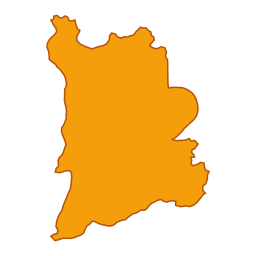 outline of Biritiba Mirim, São Paulo, Brazil
{"feature_id": "56859067B18564095209636", "entity_name": "Biritiba Mirim", "entity_type": "district", "adm_level": 2, "iso_a3": "BRA", "parent_name": "Brazil", "parent_adm1": "São Paulo", "projection": "natural_earth1", "projection_center": [-46.024, -23.622], "detail": "fine", "context": "isolated", "style": "filled", "palette": "amber", "viewbox_px": 256, "rotation_deg": 0, "n_neighbors": 0, "source": "geoboundaries", "source_scale": "gbopen_adm2", "svg_char_len": 2704}
<svg xmlns="http://www.w3.org/2000/svg" viewBox="0 0 256 256"><path d="M209.1,171.6L205.4,169.9L204.4,166.5L204.0,163.0L200.7,162.4L197.1,164.5L193.3,165.7L190.9,163.9L191.7,160.6L190.9,157.5L194.6,157.0L193.6,154.3L191.5,152.4L192.2,149.5L194.6,148.9L196.3,146.4L198.0,144.1L194.8,140.5L191.3,141.0L189.0,138.5L185.8,140.1L181.1,140.4L176.3,140.7L172.5,139.4L175.3,137.6L177.5,135.9L179.9,133.5L182.4,131.0L184.0,128.8L189.9,123.2L191.8,121.5L193.7,119.8L196.2,116.5L197.5,112.7L198.0,109.3L197.6,105.0L196.1,98.9L193.9,95.0L191.7,92.6L188.9,90.5L184.6,88.4L181.7,87.6L177.5,87.4L174.9,87.3L171.3,87.5L168.6,87.9L167.9,83.6L167.9,79.8L167.6,59.8L165.4,56.4L166.5,52.2L164.8,47.8L160.9,46.8L157.4,48.6L154.6,48.5L151.8,47.2L149.7,45.6L151.7,42.9L154.3,39.8L153.6,36.9L151.2,35.2L150.9,32.0L148.2,30.4L145.9,27.8L142.8,28.1L140.3,27.2L138.7,29.3L136.2,31.5L133.5,35.0L129.5,36.1L126.9,37.2L124.4,36.6L121.1,38.1L117.6,36.9L115.5,34.1L111.6,33.0L109.6,35.8L109.3,40.0L106.2,44.0L102.5,45.9L99.8,46.2L96.0,47.4L92.2,49.0L89.2,47.8L86.2,46.9L83.5,45.7L80.2,44.0L76.8,40.6L76.8,36.5L78.7,33.0L79.9,30.4L77.4,28.7L76.1,25.1L74.9,20.0L71.3,21.1L68.9,20.4L67.9,17.4L65.3,15.9L61.8,18.0L59.3,17.6L57.3,15.4L53.9,16.1L53.5,19.3L50.9,20.2L52.4,22.5L53.6,25.1L56.1,28.7L56.7,31.8L54.5,34.6L52.0,36.8L49.4,39.7L47.6,42.8L46.9,46.9L48.8,51.9L49.0,54.8L49.3,59.5L52.3,62.1L55.6,64.4L57.1,67.2L59.8,69.1L62.3,72.5L64.5,75.7L65.5,78.5L66.5,83.0L66.0,86.7L64.7,89.2L64.6,92.1L64.6,95.8L64.4,100.5L65.0,103.5L66.1,107.7L66.5,111.2L66.2,114.4L66.2,118.3L65.1,121.5L63.7,124.9L61.7,127.8L61.5,131.7L62.7,135.3L63.9,138.1L65.1,141.5L66.1,144.6L64.9,147.2L63.9,150.6L62.4,154.3L59.4,157.5L58.1,160.4L58.4,163.4L58.4,166.3L56.1,168.5L55.2,172.1L59.7,172.7L64.1,171.3L68.2,170.4L71.3,171.9L71.7,177.5L71.3,182.2L71.0,185.4L70.2,189.2L68.5,192.7L67.1,196.3L65.3,200.6L63.2,205.7L61.8,210.6L59.9,213.5L57.8,217.7L56.5,222.4L56.0,226.4L57.9,230.3L57.1,233.6L53.4,234.4L50.9,236.3L53.0,238.3L54.8,240.6L58.9,239.7L62.6,238.3L66.2,238.3L71.0,238.4L74.6,237.5L78.0,236.0L81.1,234.9L83.9,232.7L85.0,229.6L86.7,226.1L90.0,223.8L92.0,221.4L94.4,221.4L97.1,222.8L101.1,224.4L104.1,225.0L107.8,225.9L111.1,225.9L113.8,225.0L117.4,221.9L121.2,220.5L125.7,219.5L127.8,217.4L130.0,215.9L132.7,213.8L135.8,213.2L138.5,211.5L141.0,210.0L144.3,210.3L146.9,208.5L149.4,205.3L151.3,203.5L154.2,202.1L157.8,200.2L161.0,199.5L163.5,201.2L166.8,202.1L171.2,200.7L175.7,201.2L175.6,205.3L180.4,206.7L183.2,206.4L186.5,205.8L189.1,206.6L191.6,206.1L194.1,204.8L196.4,202.9L198.4,200.7L200.7,197.9L203.0,194.7L205.4,193.1L202.9,190.4L202.7,186.3L205.9,183.7L207.4,179.0L207.4,174.9L209.1,171.6Z" fill="#f59e0b" stroke="#b45309" stroke-width="1.5"/></svg>